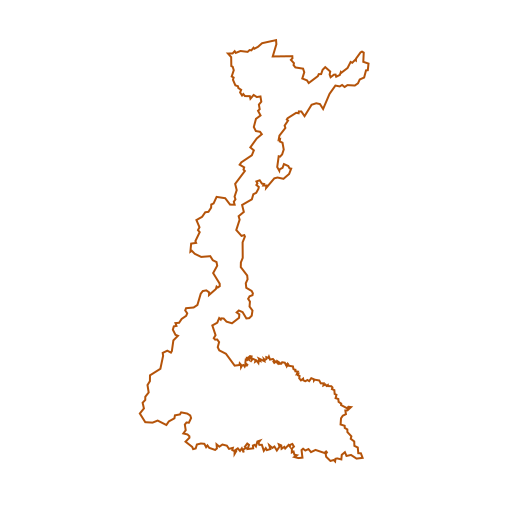 the district of Istmina, Chocó, Colombia, rotated 354°
{"feature_id": "7082276B37005238590154", "entity_name": "Istmina", "entity_type": "district", "adm_level": 2, "iso_a3": "COL", "parent_name": "Colombia", "parent_adm1": "Chocó", "projection": "robinson", "projection_center": [-76.831, 4.831], "detail": "fine", "context": "isolated", "style": "outline", "palette": "amber", "viewbox_px": 512, "rotation_deg": 354, "n_neighbors": 0, "source": "geoboundaries", "source_scale": "gbopen_adm2", "svg_char_len": 6084}
<svg xmlns="http://www.w3.org/2000/svg" viewBox="0 0 512 512"><g transform="rotate(354 256 256)"><path d="M318.9,122.0L327.1,111.4L331.9,110.4L335.5,111.6L338.1,116.8L346.1,102.4L352.8,94.8L357.0,96.1L359.5,94.9L361.8,97.2L364.8,95.6L372.1,96.8L375.5,94.9L377.6,91.3L382.2,89.8L384.8,82.9L386.6,82.9L388.0,76.4L383.0,74.1L384.4,65.0L382.8,63.8L381.2,64.5L376.1,70.2L375.8,72.0L375.1,71.3L371.9,73.9L370.4,72.9L366.7,78.6L360.0,82.7L359.6,82.0L358.3,84.7L354.5,86.1L354.1,83.9L352.5,83.8L348.9,86.0L348.2,83.2L349.1,80.3L344.6,75.4L341.7,77.8L339.8,81.9L337.4,81.7L336.3,83.6L326.5,89.5L325.1,86.7L320.6,84.3L323.2,78.3L322.4,74.6L314.9,72.6L313.3,70.1L313.9,68.2L311.2,64.6L312.9,63.2L313.0,61.1L293.5,59.3L298.4,47.5L298.5,43.4L284.3,45.0L279.8,48.2L276.0,49.7L275.3,48.6L272.9,51.0L271.2,50.5L269.0,52.1L262.0,50.5L257.1,51.9L256.2,50.1L253.9,52.1L249.3,51.7L252.1,55.6L251.3,64.5L252.6,65.4L253.3,68.9L250.6,74.9L252.4,76.2L251.5,78.3L253.3,84.1L255.8,85.3L256.0,87.1L258.6,89.2L257.3,91.7L258.9,94.9L260.3,93.6L261.7,95.8L266.6,96.4L266.9,99.0L270.5,95.6L273.4,98.0L277.1,97.8L277.4,103.1L274.7,105.7L275.0,110.4L273.2,111.8L275.2,116.7L270.3,119.6L267.3,127.5L268.9,131.7L273.0,132.9L274.5,135.5L269.0,139.2L261.7,147.4L264.9,150.7L262.4,155.4L251.2,161.3L249.3,163.5L253.5,166.6L252.6,168.8L253.8,170.3L242.8,182.1L243.7,188.5L240.9,194.7L241.5,197.5L239.6,199.7L240.1,202.7L235.6,202.2L231.4,195.3L223.0,193.1L219.3,199.3L216.9,200.1L216.4,203.3L213.3,207.1L210.1,207.2L206.5,211.4L200.5,214.0L202.8,221.5L201.0,224.2L202.5,226.4L197.3,234.8L197.8,236.7L192.8,236.9L191.2,244.9L192.7,244.1L195.3,247.4L201.4,251.2L210.5,251.4L212.6,255.7L216.1,257.9L216.4,261.6L211.6,268.5L217.0,279.8L216.8,282.2L214.6,283.4L213.6,282.3L212.6,284.7L205.2,289.9L205.6,287.3L203.0,285.0L199.4,285.3L197.1,287.7L192.6,298.6L188.6,300.7L181.0,300.6L179.9,302.7L181.6,305.8L180.3,308.2L175.5,310.8L172.5,314.4L168.9,314.3L169.6,317.2L166.9,317.4L165.6,320.6L167.7,326.0L170.0,327.2L165.0,331.3L162.4,341.7L161.3,343.2L157.9,340.9L153.1,342.6L153.2,345.5L149.1,358.2L138.1,363.6L137.4,369.4L134.6,373.0L135.0,380.5L131.2,384.4L130.8,387.6L127.9,390.1L128.6,395.9L124.0,400.5L128.5,409.7L135.7,410.9L141.0,409.4L149.2,414.7L152.0,411.4L157.9,408.9L158.7,406.0L163.8,405.6L165.2,403.7L171.1,405.5L173.9,407.7L174.5,410.4L171.8,414.8L169.5,414.3L167.6,416.2L167.9,421.9L165.2,424.9L169.2,426.3L170.9,428.3L170.8,429.8L166.5,433.3L172.6,439.2L173.3,441.5L175.9,441.1L177.5,437.3L181.6,436.7L185.0,437.4L186.4,440.9L187.9,439.3L189.4,441.9L195.1,444.6L197.0,443.3L197.1,439.2L199.6,441.8L202.9,440.0L207.2,441.6L209.0,445.0L212.9,444.4L212.1,446.5L214.3,447.9L214.0,450.6L216.0,447.9L215.1,446.9L217.8,445.4L219.7,448.2L221.8,445.8L223.2,450.1L223.0,447.1L226.1,445.9L225.0,444.5L227.7,441.6L229.3,443.1L227.5,447.1L233.1,447.0L233.1,444.2L234.8,443.7L236.0,445.4L238.0,440.6L240.7,440.0L238.9,442.0L239.6,444.2L242.1,444.4L243.4,450.6L245.6,448.1L246.5,450.2L250.1,449.5L249.4,445.6L252.2,448.6L254.4,447.4L256.4,451.6L259.5,448.0L259.0,445.7L261.3,447.0L261.3,450.4L264.2,448.8L264.9,450.5L268.7,447.3L269.8,449.1L270.0,447.5L272.5,446.7L273.8,449.5L271.6,451.2L271.1,455.1L272.9,454.4L273.4,457.6L275.8,458.4L273.1,459.9L277.0,461.4L281.1,461.4L281.0,453.8L282.7,452.6L284.7,454.6L288.0,453.5L290.2,456.8L294.9,455.1L303.4,459.0L305.3,457.7L306.0,458.7L304.6,460.2L304.8,463.0L308.6,467.6L311.9,467.0L313.2,468.6L313.8,466.0L315.6,465.8L319.6,467.2L320.5,462.7L323.9,460.4L325.1,464.3L329.7,463.8L334.8,468.0L340.9,467.9L339.7,463.2L337.1,462.8L337.2,457.1L334.0,455.1L334.3,450.7L331.1,447.7L332.0,445.3L328.5,440.7L328.7,438.0L326.3,436.3L326.4,434.1L322.5,432.4L323.6,426.3L325.6,423.9L328.9,422.7L328.7,419.0L330.8,419.1L334.7,416.2L332.2,415.6L330.6,416.9L325.0,413.1L325.3,411.7L322.9,409.7L322.9,406.8L320.3,405.7L321.5,402.5L319.8,401.4L319.9,397.6L317.6,396.3L318.3,394.7L317.3,393.4L314.1,392.9L314.0,391.8L312.6,392.6L311.6,391.0L309.5,391.8L310.1,389.7L307.1,389.4L305.9,386.4L301.3,385.1L300.6,385.9L300.6,384.6L298.2,383.3L295.8,386.0L294.2,384.7L291.9,385.7L290.1,384.6L290.0,382.9L287.7,384.4L286.2,382.1L286.8,379.9L285.2,379.0L285.8,377.6L284.2,377.8L285.6,375.4L283.1,374.8L283.4,372.4L282.9,373.5L281.4,372.3L281.2,369.7L277.2,368.6L276.8,367.4L275.4,368.7L275.6,366.7L274.4,367.6L273.5,365.1L270.9,364.4L269.9,365.8L267.6,365.6L268.2,364.5L266.3,362.9L266.1,364.6L264.9,363.1L263.0,364.2L262.3,362.8L263.4,362.1L262.1,360.2L259.1,360.5L258.3,357.4L257.6,358.6L255.7,357.7L255.6,359.5L254.0,360.4L253.1,359.3L253.4,361.5L248.2,358.3L249.2,360.9L247.8,360.3L247.2,362.7L245.7,360.2L244.2,361.0L244.7,359.4L242.1,357.9L240.8,359.2L240.8,357.2L239.7,357.2L241.0,355.4L239.6,354.9L238.2,355.9L239.0,356.7L237.3,356.4L238.0,358.4L236.2,357.0L236.1,358.4L235.0,357.9L234.2,361.4L236.0,363.3L235.4,364.0L234.1,363.2L233.2,364.8L232.3,363.1L230.7,363.4L229.5,365.1L229.6,362.5L228.6,361.1L228.2,362.7L223.3,362.8L215.9,350.1L209.6,346.0L208.4,342.7L210.3,337.8L208.7,335.0L206.6,334.9L205.4,333.3L207.5,330.5L205.3,320.5L210.5,318.3L212.9,313.9L214.3,315.6L215.0,314.4L217.3,314.8L219.8,318.2L225.1,320.4L232.7,315.7L233.3,312.3L230.9,310.1L233.2,308.4L236.8,310.4L239.9,317.1L242.8,317.1L245.5,314.9L246.8,309.9L244.3,305.6L245.2,300.7L243.7,297.8L245.4,295.4L248.4,294.6L249.0,292.8L248.0,290.3L243.0,286.6L243.0,282.0L245.2,278.3L245.2,274.5L239.7,265.5L240.3,260.8L242.6,256.5L244.1,241.0L247.0,235.5L246.5,234.0L243.7,234.5L239.1,228.1L243.5,218.2L242.9,214.6L248.5,210.9L247.5,203.8L257.8,199.2L259.8,194.3L262.8,193.2L265.5,189.3L266.0,187.6L263.8,185.4L265.0,183.9L264.2,181.9L267.6,181.1L269.4,184.6L271.5,185.2L270.6,186.7L273.7,187.0L273.2,189.4L282.3,180.7L285.6,180.2L291.4,182.1L297.5,177.9L300.1,172.8L298.5,172.3L297.5,169.9L293.4,167.5L291.6,171.1L288.5,172.3L288.1,173.7L286.4,169.7L289.0,159.2L290.3,159.7L292.6,157.7L294.7,153.0L294.2,146.1L291.5,144.5L292.1,142.3L290.7,142.7L291.9,138.7L298.6,131.7L298.1,129.3L302.0,124.7L300.9,123.5L301.8,122.3L310.9,117.8L313.3,118.5L313.7,116.7L316.2,117.0L318.9,122.0Z" fill="none" stroke="#b45309" stroke-width="2"/></g></svg>